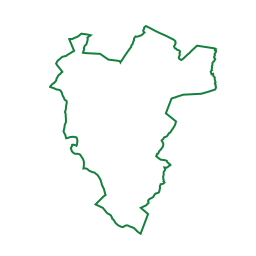 Nandi Hills, Rift Valley, Kenya (orthographic projection), rotated 277°
{"feature_id": "3690345B43837463822996", "entity_name": "Nandi Hills", "entity_type": "district", "adm_level": 2, "iso_a3": "KEN", "parent_name": "Kenya", "parent_adm1": "Rift Valley", "projection": "orthographic", "projection_center": [35.259, 0.122], "detail": "fine", "context": "isolated", "style": "outline", "palette": "green", "viewbox_px": 256, "rotation_deg": 277, "n_neighbors": 0, "source": "geoboundaries", "source_scale": "gbopen_adm2", "svg_char_len": 5820}
<svg xmlns="http://www.w3.org/2000/svg" viewBox="0 0 256 256"><g transform="rotate(277 128 128)"><path d="M24.6,153.4L45.1,158.4L50.3,150.4L52.8,154.4L53.6,155.7L54.4,156.0L55.1,156.6L55.5,157.2L56.2,157.5L56.9,157.5L57.4,157.0L58.3,156.9L59.2,157.2L59.9,157.8L60.4,158.3L60.7,159.0L61.2,159.5L61.5,160.2L62.1,160.7L62.6,161.4L63.2,161.8L63.9,161.9L64.5,162.3L65.3,162.5L66.0,163.0L66.4,163.5L66.5,164.1L66.8,164.6L67.0,165.2L67.4,165.7L67.8,166.5L68.6,166.6L69.4,166.9L70.3,166.9L71.2,166.9L71.8,167.1L72.8,167.0L73.7,166.7L74.7,166.9L75.4,167.2L76.1,167.2L76.3,167.8L76.6,168.4L76.8,169.2L77.2,170.0L77.9,170.4L78.4,170.9L79.1,170.3L79.5,169.7L80.2,169.9L80.9,169.7L81.7,169.2L82.5,169.2L83.6,168.8L85.6,169.1L86.6,169.0L88.1,168.8L88.8,168.8L89.3,169.0L89.9,169.4L90.6,169.7L91.2,170.0L92.0,169.9L92.6,169.3L93.3,168.9L93.3,169.9L93.2,170.7L93.4,171.2L93.8,171.9L95.9,173.8L96.2,174.6L96.9,174.4L97.1,173.8L97.4,173.3L97.8,172.9L98.1,172.4L98.6,171.5L99.4,170.8L100.2,170.5L100.5,169.0L100.6,164.2L102.5,160.8L103.5,159.4L104.3,159.9L105.2,159.9L105.9,160.0L106.1,160.8L106.6,161.2L108.6,161.7L109.4,162.2L110.3,163.0L111.0,163.5L111.9,163.8L113.2,164.7L115.7,165.1L116.5,165.0L117.4,164.6L119.1,163.3L119.8,162.9L120.5,163.6L121.1,164.1L122.0,164.6L122.8,164.8L123.2,165.2L123.7,166.3L124.0,166.9L124.4,167.5L125.5,168.2L127.9,169.3L128.4,170.2L128.9,170.6L129.4,170.8L130.2,171.2L131.2,171.7L133.3,172.8L136.2,174.1L137.5,174.5L140.4,174.8L147.2,163.8L162.5,167.6L163.5,169.5L163.8,170.5L164.9,172.5L167.8,178.8L170.9,196.5L173.8,203.4L176.8,209.7L177.6,210.1L178.5,210.3L179.0,210.3L179.8,210.3L180.2,209.9L180.9,209.6L181.7,209.7L182.3,209.1L183.0,208.7L183.7,209.3L184.4,209.3L185.0,208.9L185.8,208.5L186.8,208.2L187.8,208.0L188.6,208.0L189.1,207.6L189.5,207.0L190.0,206.4L190.7,206.2L191.4,206.1L192.2,205.8L191.5,204.4L194.0,203.2L195.6,204.3L196.1,203.9L196.8,203.9L197.4,204.0L198.3,204.0L199.4,203.7L200.1,203.9L200.7,204.1L202.7,203.9L203.5,204.1L204.7,205.2L205.5,205.7L206.4,205.7L207.0,206.2L207.7,205.7L208.3,205.1L208.9,204.7L209.5,204.9L210.3,205.3L211.0,205.4L211.6,204.9L212.3,205.0L213.6,205.8L214.6,206.0L215.4,205.9L215.5,204.9L216.0,204.7L216.6,205.1L217.1,205.5L217.4,204.8L217.6,204.1L218.1,186.5L211.7,181.1L209.6,179.6L208.6,178.5L203.5,174.3L202.0,172.7L202.4,171.6L202.9,170.5L203.7,169.9L204.5,169.8L205.1,170.0L206.4,170.4L207.0,170.5L207.8,170.3L208.6,169.9L209.1,170.1L209.9,170.3L210.8,170.0L211.2,169.4L211.4,168.7L211.4,168.0L211.6,167.3L212.6,166.1L212.6,165.5L212.9,164.8L213.8,164.3L214.5,163.7L215.2,163.9L215.7,164.2L218.0,165.0L218.6,164.6L219.4,164.4L219.9,164.5L221.1,162.9L224.2,154.3L225.8,148.9L227.5,143.8L229.9,137.5L231.4,133.4L231.0,133.0L230.3,132.3L229.3,131.7L228.6,131.9L228.0,131.8L227.5,131.4L226.5,131.2L225.5,131.7L224.9,132.7L223.0,131.3L221.9,130.2L221.2,129.3L221.1,128.6L220.9,128.1L220.4,127.5L219.9,126.6L219.7,125.4L219.8,124.4L218.5,123.5L217.3,123.1L216.4,123.2L215.8,123.2L215.1,122.9L212.1,122.4L210.8,121.6L210.2,121.3L209.3,121.2L208.7,121.2L206.1,119.6L198.3,115.5L193.9,113.4L193.3,112.9L192.2,112.5L193.3,111.8L193.5,109.4L193.5,107.9L193.5,100.2L197.2,93.2L198.2,91.3L197.2,77.1L197.2,74.1L201.1,74.9L201.9,74.4L202.9,74.7L203.9,74.9L204.7,75.4L205.4,76.1L206.1,76.5L207.0,76.7L210.5,77.2L211.3,77.2L212.8,76.7L215.5,79.6L215.9,75.1L215.9,70.2L215.1,69.4L213.4,67.9L212.9,67.3L212.1,66.1L210.7,63.6L210.3,62.9L209.8,62.4L209.4,61.4L209.3,60.6L209.3,59.5L209.1,58.8L198.0,65.1L197.5,64.7L197.3,64.1L196.9,63.6L195.2,61.6L194.7,61.0L194.0,60.0L193.3,59.1L192.6,58.4L192.1,57.9L191.8,57.3L191.6,56.5L191.1,55.5L190.9,54.7L190.5,54.0L189.9,53.4L189.2,52.8L186.2,50.0L185.0,49.5L184.4,49.2L183.7,49.0L183.2,48.8L182.1,49.6L177.6,54.2L175.7,56.0L174.6,54.9L173.9,54.5L173.1,54.0L172.9,53.4L172.2,53.0L171.7,52.5L170.8,52.0L169.8,51.8L168.2,51.0L167.6,51.0L166.9,51.0L166.0,50.8L165.3,50.2L164.7,49.9L164.0,49.2L163.4,49.0L163.0,48.2L162.5,47.6L161.0,46.6L160.5,46.3L159.8,45.7L159.2,45.7L158.7,48.2L158.6,49.1L158.4,49.9L157.8,51.3L157.6,52.2L157.5,53.1L157.5,54.7L157.3,55.7L156.8,56.5L156.1,57.1L155.3,57.8L154.5,58.2L152.8,58.9L151.0,60.0L150.4,60.6L148.6,61.5L148.0,62.2L147.8,63.0L147.5,63.6L145.7,64.2L143.1,63.9L142.4,63.9L138.9,64.0L138.2,63.9L137.4,63.8L136.2,63.4L135.0,64.2L134.1,64.4L128.6,65.4L127.4,65.6L126.6,65.5L125.8,65.7L124.3,65.1L123.4,64.9L122.7,64.8L121.9,64.8L121.2,64.9L120.3,64.8L119.4,64.8L118.7,64.6L118.2,64.6L117.4,64.5L116.6,64.5L115.6,65.1L113.3,66.7L112.3,67.1L111.1,67.4L110.2,67.9L110.5,68.6L110.8,69.4L111.8,71.4L112.1,72.2L112.6,74.5L112.6,75.1L112.5,75.9L112.5,76.6L112.5,77.2L112.4,78.0L111.7,78.4L111.0,78.7L109.8,79.2L108.4,79.4L105.0,79.3L104.1,79.0L104.4,78.3L104.7,76.4L104.8,75.7L104.5,74.6L103.5,74.6L102.9,74.5L102.3,74.3L101.8,73.9L101.0,73.7L98.0,75.2L96.7,76.8L96.0,78.4L96.0,79.1L96.3,81.3L96.2,81.9L95.9,83.4L95.3,84.1L94.2,85.0L92.2,86.7L91.7,87.1L90.1,87.9L89.6,88.2L88.9,88.3L86.8,88.7L84.5,88.8L82.4,88.7L82.7,89.9L82.7,90.7L82.7,91.4L82.4,92.4L81.9,93.2L80.8,94.9L80.0,97.6L79.8,98.6L79.8,99.4L79.6,100.2L78.6,101.8L78.2,102.5L77.8,103.2L77.3,103.8L76.7,104.3L76.2,104.7L75.5,105.3L74.8,105.9L73.8,106.5L73.2,107.1L71.7,107.6L70.3,108.4L69.0,108.8L68.4,109.0L67.8,109.3L67.4,109.7L66.9,110.1L66.1,110.4L65.3,111.0L64.5,111.6L63.8,111.8L63.0,112.1L62.1,112.5L61.2,112.8L59.6,113.5L58.8,113.9L57.0,112.0L48.2,105.1L45.7,112.7L41.1,117.5L40.7,118.2L40.3,119.2L40.0,120.0L39.4,121.3L38.8,121.9L37.3,122.9L36.6,123.2L36.0,123.4L35.8,123.9L35.2,124.7L34.5,125.4L33.1,126.5L32.5,127.0L31.7,127.9L30.5,129.6L29.9,130.9L29.1,133.4L29.0,134.6L29.1,135.3L29.6,135.8L30.2,136.5L31.2,138.2L31.2,139.2L31.1,140.1L30.3,142.4L29.8,144.9L29.6,145.7L29.2,146.5L28.6,147.1L27.6,148.6L27.0,149.1L26.6,149.7L25.7,151.1L25.4,151.7L25.0,152.5L24.6,153.4Z" fill="none" stroke="#15803d" stroke-width="2"/></g></svg>